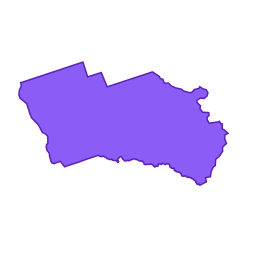 Kittitas, Washington, United States of America, rotated 162°
{"feature_id": "52423323B21025471162959", "entity_name": "Kittitas", "entity_type": "district", "adm_level": 2, "iso_a3": "USA", "parent_name": "United States of America", "parent_adm1": "Washington", "projection": "albers", "projection_center": [-120.862, 47.167], "detail": "fine", "context": "isolated", "style": "filled", "palette": "violet", "viewbox_px": 256, "rotation_deg": 162, "n_neighbors": 0, "source": "geoboundaries", "source_scale": "gbopen_adm2", "svg_char_len": 4780}
<svg xmlns="http://www.w3.org/2000/svg" viewBox="0 0 256 256"><g transform="rotate(162 128 128)"><path d="M44.6,142.1L47.0,145.1L48.5,143.7L52.9,144.1L56.6,142.0L59.5,143.2L63.6,145.9L65.1,148.3L70.5,151.6L74.1,154.8L75.6,158.1L79.7,159.5L79.7,163.4L82.2,165.3L82.2,167.3L87.4,173.8L135.1,173.6L136.3,189.0L150.6,189.1L150.5,204.6L157.9,204.6L216.1,204.2L216.4,201.0L219.7,197.5L221.5,193.2L221.5,189.9L216.8,182.5L216.9,171.8L216.5,167.4L212.2,158.5L210.8,150.4L208.2,147.7L206.9,144.7L208.9,138.4L210.6,137.4L211.8,134.9L211.9,131.4L210.7,128.6L211.4,124.8L211.5,119.5L211.0,118.1L209.5,117.0L202.6,117.2L200.3,110.7L195.7,110.8L191.5,110.8L186.4,110.8L182.8,110.9L178.3,111.1L166.1,111.2L164.6,111.0L164.0,110.5L163.7,109.9L163.2,109.5L161.8,108.9L160.8,108.7L160.0,108.8L159.0,107.5L157.8,106.5L157.4,105.4L156.5,104.7L155.9,104.3L154.6,103.4L154.1,103.1L153.8,103.1L153.4,103.4L152.6,103.0L152.4,102.1L151.7,101.5L150.9,101.2L149.4,100.8L148.7,99.2L148.3,98.4L147.9,98.4L147.3,99.0L147.5,100.1L147.7,101.0L147.4,101.6L146.8,101.8L145.5,102.6L144.6,103.0L143.7,103.0L142.9,102.5L142.9,101.6L142.7,100.4L141.9,99.1L141.7,98.0L140.9,97.6L139.7,97.3L138.5,97.4L137.2,96.5L136.2,96.6L135.8,96.9L135.7,96.8L135.4,96.9L135.1,96.9L134.9,96.9L134.7,96.7L133.9,96.6L133.6,96.7L133.2,96.9L132.9,96.9L132.7,96.9L132.3,96.9L132.2,96.7L131.9,96.6L131.3,96.7L130.9,96.3L130.6,96.2L130.3,95.8L130.1,95.4L129.9,95.3L129.7,95.3L129.5,95.5L129.4,95.5L129.2,95.4L129.1,95.1L128.9,94.9L128.6,94.6L128.3,94.4L128.1,94.2L128.0,93.8L127.8,93.5L127.7,93.4L127.4,93.2L127.0,92.8L126.8,92.7L126.6,92.7L126.1,92.8L125.9,92.7L125.7,92.5L125.6,92.3L125.2,92.3L125.0,92.2L124.8,92.2L124.5,92.0L124.4,91.8L124.4,91.7L124.2,91.4L124.2,91.2L124.1,90.8L124.0,90.6L123.8,90.2L123.7,90.1L123.7,89.8L123.8,89.6L123.7,89.4L123.7,89.1L123.8,88.9L123.8,88.7L123.5,88.5L123.2,88.2L123.0,87.8L122.7,87.7L122.2,87.8L121.9,87.7L121.7,87.6L121.3,87.7L120.6,87.5L120.3,87.3L120.1,87.1L119.4,87.0L118.9,86.8L118.4,86.7L117.9,86.6L117.6,86.6L117.1,86.7L116.7,86.4L116.5,85.9L116.4,85.7L116.1,85.5L115.8,85.3L115.6,84.7L115.6,84.2L115.2,83.8L115.0,83.5L114.9,83.3L114.9,83.2L114.7,82.8L114.6,82.6L114.4,82.6L114.1,82.9L113.8,83.0L113.3,83.1L113.1,83.0L113.0,82.9L112.6,82.9L112.4,82.8L112.2,82.7L111.7,82.5L111.5,82.4L111.4,82.4L111.2,82.6L110.8,83.1L110.5,83.3L110.4,83.5L110.4,83.9L110.3,84.0L110.2,84.2L109.9,84.4L109.7,84.5L109.3,84.3L109.1,84.2L108.9,84.1L108.6,83.9L108.3,83.7L108.1,83.4L107.8,83.1L107.7,83.1L107.4,83.0L107.2,83.1L107.0,83.3L106.9,83.4L106.8,83.6L106.7,83.7L106.5,83.8L106.3,83.9L106.1,83.8L105.7,83.5L105.5,83.1L105.3,83.0L105.0,82.8L104.6,82.5L104.3,82.0L103.9,81.7L103.7,81.9L103.1,81.9L102.6,81.8L102.4,81.8L102.1,82.0L101.8,82.1L101.3,81.6L101.1,81.6L100.8,81.4L100.6,81.3L100.5,81.2L100.4,81.1L100.3,80.9L100.0,80.7L99.9,80.5L99.9,80.4L99.9,80.2L99.9,79.9L99.9,79.5L100.0,79.3L100.0,79.1L99.9,79.0L99.9,78.8L100.0,78.3L100.1,78.1L100.1,77.9L99.8,77.8L99.7,77.7L99.3,77.4L99.2,77.1L99.1,76.8L99.1,76.6L99.1,76.4L99.0,76.1L98.8,76.0L98.7,76.0L97.9,75.9L97.6,75.8L97.1,75.7L96.7,75.6L96.5,75.4L96.6,74.9L96.6,74.7L96.9,74.3L96.9,74.1L97.2,73.8L97.2,73.6L96.9,73.3L96.7,73.0L96.5,72.9L96.4,72.9L96.2,72.8L96.1,72.7L96.0,72.3L95.8,72.3L95.7,72.1L95.8,71.9L95.7,71.6L95.3,71.5L95.1,71.2L94.9,71.1L94.6,70.9L94.4,70.8L94.1,70.8L93.8,70.6L93.6,70.5L93.4,70.5L93.3,70.4L93.1,70.3L93.0,70.2L92.9,70.1L92.4,69.5L92.4,69.3L92.3,69.2L92.1,68.9L91.8,68.5L91.8,68.3L91.7,68.2L91.4,67.9L91.4,67.7L91.5,67.4L91.7,67.2L91.8,66.8L91.8,66.7L91.7,66.5L91.6,66.2L91.3,65.9L91.2,65.8L91.2,65.6L91.2,65.4L90.6,65.3L90.4,65.2L90.1,65.1L89.8,65.0L89.6,64.9L89.1,64.9L88.9,64.9L88.6,64.8L88.4,64.7L87.9,64.5L87.8,64.3L87.8,64.2L87.7,63.8L87.7,63.6L87.2,63.3L87.1,63.2L86.6,62.8L86.2,62.6L86.0,62.4L85.7,62.5L85.3,62.5L85.2,62.6L85.0,62.4L84.6,62.1L84.4,62.0L84.3,61.9L84.1,61.7L83.8,61.2L83.6,61.2L83.5,60.9L83.5,60.7L83.4,60.6L83.1,60.4L82.9,60.1L82.6,59.9L82.4,59.8L82.3,59.7L82.1,59.6L81.8,59.7L81.7,59.6L81.6,59.2L81.5,58.9L81.5,58.7L81.4,58.5L81.3,58.2L81.1,57.9L80.9,57.6L80.7,57.4L80.4,57.0L80.3,56.9L80.1,56.4L80.0,56.2L80.1,55.9L80.3,55.6L80.3,55.4L80.2,55.1L80.0,54.8L79.9,54.7L79.9,54.3L79.7,54.1L79.7,53.5L79.7,53.4L79.4,53.1L79.3,52.9L79.1,52.7L78.8,52.6L78.6,52.6L78.3,52.7L78.1,52.6L77.8,52.3L77.7,52.2L77.7,52.3L77.6,52.2L77.5,51.9L77.4,51.6L77.2,51.4L70.1,52.6L69.6,56.8L64.7,56.2L62.5,60.7L59.1,64.5L56.6,65.3L54.3,71.1L50.0,72.8L45.1,76.7L44.3,80.2L41.2,82.0L39.2,82.7L39.3,88.2L37.9,91.4L34.5,92.0L37.0,96.4L38.7,98.0L37.0,102.7L38.4,103.3L39.0,106.1L40.9,106.0L49.4,107.6L50.1,111.3L49.6,113.7L47.0,114.9L46.5,117.7L52.2,120.0L53.6,124.3L52.2,126.7L54.6,131.3L53.9,133.0L50.0,134.1L46.4,132.5L42.9,134.1L41.1,136.7L41.8,140.2L44.6,142.1Z" fill="#8b5cf6" stroke="#5b21b6" stroke-width="1.5"/></g></svg>